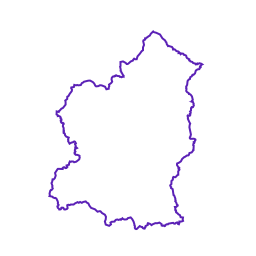 outline of Nyaruguru, Southern, Rwanda, rotated 282°
{"feature_id": "39286606B69204186902764", "entity_name": "Nyaruguru", "entity_type": "district", "adm_level": 2, "iso_a3": "RWA", "parent_name": "Rwanda", "parent_adm1": "Southern", "projection": "mercator", "projection_center": [29.568, -2.686], "detail": "fine", "context": "isolated", "style": "outline", "palette": "violet", "viewbox_px": 256, "rotation_deg": 282, "n_neighbors": 0, "source": "geoboundaries", "source_scale": "gbopen_adm2", "svg_char_len": 5777}
<svg xmlns="http://www.w3.org/2000/svg" viewBox="0 0 256 256"><g transform="rotate(282 128 128)"><path d="M227.6,132.5L224.9,130.7L222.9,130.1L221.8,128.8L220.6,128.0L220.3,127.3L218.9,126.6L219.0,126.1L217.9,126.2L217.0,124.9L216.1,124.8L212.6,126.4L210.0,125.9L207.2,126.5L206.0,125.4L203.0,124.1L200.0,122.4L197.1,122.2L196.7,120.6L197.1,119.6L195.9,118.9L195.0,118.8L193.7,116.9L190.9,114.8L190.4,114.0L190.3,113.4L191.2,112.2L192.1,109.3L191.0,106.9L187.0,107.8L186.4,107.5L183.7,108.7L182.4,108.8L182.1,109.5L180.9,110.0L180.3,110.9L179.2,111.6L178.2,112.9L177.4,113.0L177.6,112.4L176.9,112.1L176.3,111.0L176.6,110.4L176.3,109.5L176.9,108.8L176.7,106.6L177.1,105.5L176.8,104.9L176.2,104.8L176.0,104.0L175.6,104.0L175.1,102.4L173.7,101.7L172.1,101.8L170.0,102.9L168.5,102.2L166.5,100.4L165.1,101.0L163.5,100.7L162.4,101.0L161.5,99.1L161.4,98.8L163.6,97.0L164.2,93.4L164.0,91.7L162.8,90.3L162.1,88.2L162.6,87.2L164.5,85.7L165.6,84.1L166.5,81.1L166.0,79.2L164.1,75.3L163.1,74.6L162.3,73.5L160.2,72.9L159.4,70.5L159.5,69.3L158.9,68.3L159.0,66.5L156.8,66.5L155.9,64.1L155.2,64.1L153.8,65.3L152.3,65.3L149.4,63.9L146.8,63.1L146.0,62.1L143.7,62.5L141.8,60.9L140.7,61.5L137.9,62.1L134.1,60.2L133.0,58.8L130.2,57.2L130.1,56.9L129.3,56.9L129.4,54.8L126.4,55.3L125.8,56.8L125.1,56.9L125.4,57.6L125.0,59.4L124.0,60.1L123.6,59.9L123.0,60.2L122.7,61.1L121.9,61.3L121.0,60.7L120.6,61.2L119.9,61.2L119.2,62.0L119.5,63.3L119.1,64.1L118.6,64.3L118.0,63.8L116.2,63.9L114.5,65.1L112.6,65.4L112.4,65.8L111.6,66.0L111.3,65.7L110.7,66.1L110.3,65.9L109.7,66.1L109.4,67.3L107.8,68.0L106.7,69.4L106.3,72.0L104.5,71.7L103.8,72.2L102.8,72.1L100.5,74.1L101.9,75.6L102.7,77.3L103.3,77.6L103.7,78.4L103.5,79.1L102.2,80.2L101.5,79.5L100.9,79.6L100.3,80.3L98.6,80.9L97.8,82.3L97.3,81.7L97.4,80.9L97.1,81.1L96.5,80.6L95.1,80.6L94.0,81.5L93.1,80.8L92.5,81.3L91.8,81.1L90.9,82.4L91.2,84.0L90.9,86.0L90.7,86.4L89.8,86.5L89.2,86.9L87.2,86.8L84.3,84.4L83.3,82.4L83.8,81.5L83.6,79.9L83.0,79.1L83.2,78.1L81.4,77.7L79.8,77.9L78.6,75.7L77.9,76.1L77.3,76.8L76.1,76.1L75.8,75.2L76.4,74.2L76.0,73.7L76.1,73.0L75.2,72.4L74.3,72.6L73.5,68.0L73.2,67.7L68.9,66.0L66.4,67.2L63.6,66.8L62.2,65.9L62.1,64.9L59.4,65.0L58.2,64.6L55.6,66.2L54.6,66.1L53.1,67.0L51.4,66.1L51.4,65.5L50.4,65.0L47.5,64.9L45.8,65.6L45.1,65.4L45.1,68.4L44.5,69.1L44.2,70.8L44.5,71.5L44.1,72.6L41.8,74.4L40.3,75.1L39.7,75.0L39.0,75.3L38.4,76.1L37.5,76.0L36.7,75.2L35.4,75.9L34.5,77.4L34.0,77.7L34.4,79.0L35.2,79.5L36.1,79.4L36.4,79.9L36.5,81.3L35.1,82.6L35.3,83.7L36.1,85.1L37.0,85.6L39.8,84.6L40.5,85.5L40.5,87.1L41.2,87.8L41.8,90.7L43.2,91.8L45.0,94.1L44.6,95.4L45.7,96.5L45.2,98.4L46.3,99.5L47.4,101.9L46.5,103.1L46.0,104.9L44.1,106.3L42.2,108.5L41.6,112.6L39.8,115.6L40.7,117.4L40.8,118.4L39.4,120.3L38.4,123.4L36.6,124.9L33.8,125.2L31.8,124.8L28.9,126.3L28.4,129.9L30.2,131.4L31.8,130.5L32.8,131.4L33.7,134.3L34.7,134.6L35.7,135.3L36.3,136.6L36.1,137.9L37.2,139.6L36.8,140.2L38.5,141.3L37.9,142.1L37.8,143.8L38.2,145.2L38.6,146.0L39.8,146.6L41.1,149.2L39.7,151.1L37.6,152.9L35.1,154.3L34.1,154.5L33.5,155.2L31.8,155.4L31.1,155.9L30.8,156.9L31.0,157.5L34.5,159.9L33.9,162.0L34.1,162.5L33.1,163.5L32.9,164.8L33.2,165.3L34.3,165.2L34.7,165.7L35.8,165.6L37.3,167.5L38.7,167.1L39.1,167.3L38.7,169.8L37.9,171.2L38.9,172.1L40.6,174.5L40.9,176.4L42.0,178.4L40.9,180.9L39.6,181.2L39.5,182.1L40.1,183.3L39.6,184.0L40.0,184.7L40.8,184.8L41.8,185.7L42.1,187.1L42.8,187.4L44.3,191.0L44.6,192.0L44.1,192.7L44.1,193.8L45.0,194.4L45.9,195.7L45.7,196.2L45.1,196.3L44.5,196.9L44.4,197.8L46.0,198.0L47.2,197.7L47.7,199.9L48.6,201.2L49.9,200.5L51.9,200.4L51.7,198.0L53.5,197.0L54.1,195.1L54.7,194.5L55.5,192.6L56.3,192.5L56.6,192.1L57.4,192.1L57.7,191.2L59.0,191.1L60.5,190.3L60.9,191.7L61.7,192.1L62.2,192.7L62.8,192.7L63.2,191.8L65.2,190.6L66.3,189.4L67.1,189.7L68.0,189.1L68.8,189.0L71.6,187.2L71.8,186.5L77.5,184.4L78.2,182.6L79.2,182.5L79.5,181.9L80.7,181.2L82.2,182.1L85.2,181.5L86.8,182.6L88.7,182.3L89.6,182.6L89.6,184.2L89.8,184.7L92.3,186.2L92.7,186.9L96.1,186.1L97.8,186.9L98.3,186.0L98.8,185.8L99.2,186.5L99.8,186.4L100.0,185.5L102.0,183.6L103.5,183.4L104.6,185.0L106.4,186.7L109.0,187.4L111.3,189.1L111.5,189.6L113.4,191.4L113.8,192.8L114.6,193.2L116.3,193.3L117.3,195.3L118.7,196.1L120.3,196.3L120.3,196.6L124.5,195.9L124.8,195.3L125.6,195.3L126.8,195.3L127.0,195.9L127.9,196.0L128.2,195.5L128.7,196.1L129.9,196.1L130.4,196.5L130.9,196.2L131.2,194.7L130.4,191.3L130.9,190.6L131.8,190.4L132.7,190.8L134.7,190.9L141.5,187.9L143.8,187.7L145.3,187.9L146.1,187.1L149.5,184.6L150.1,184.7L152.3,183.7L152.8,183.9L152.8,185.8L153.7,186.2L154.8,185.6L155.1,186.1L156.3,186.1L157.0,185.3L158.2,186.0L160.5,185.5L160.8,186.0L161.7,186.0L162.0,187.2L163.8,187.7L164.8,187.1L165.4,187.2L166.8,186.1L166.9,185.5L167.1,186.0L167.4,185.8L167.9,184.9L169.1,185.5L172.2,184.0L173.6,182.4L174.0,181.4L173.9,180.6L174.7,180.2L175.4,178.3L176.4,177.2L178.5,177.1L179.1,176.5L180.2,176.6L180.6,176.3L182.5,176.9L186.3,176.5L188.0,177.3L188.8,178.4L190.6,178.3L191.8,179.6L193.1,179.9L193.2,180.4L193.7,180.5L194.0,181.3L195.4,182.2L198.3,182.4L199.8,183.8L200.4,185.5L201.2,185.6L202.6,186.5L202.9,186.4L202.8,185.6L203.3,185.6L204.8,186.7L205.4,186.8L205.7,187.3L206.1,186.4L206.2,184.4L205.5,183.5L205.6,182.4L205.1,182.1L204.7,182.3L204.3,181.0L205.0,180.5L205.1,178.2L206.0,177.2L206.1,175.2L206.7,174.7L206.7,174.0L207.3,173.5L208.0,173.6L208.6,171.3L209.4,170.5L210.6,170.0L211.1,169.3L211.2,167.4L212.1,166.7L212.1,165.0L211.1,164.1L212.2,163.2L211.8,161.9L213.0,161.9L213.3,161.3L213.3,159.4L214.5,157.6L214.6,156.8L214.1,155.8L214.6,155.5L215.0,155.7L216.4,154.2L216.7,150.9L216.4,150.1L217.2,149.6L217.7,148.7L219.8,147.7L220.1,147.0L221.3,146.2L222.9,143.0L226.1,139.9L227.0,135.9L227.2,132.9L227.6,132.5Z" fill="none" stroke="#5b21b6" stroke-width="2"/></g></svg>